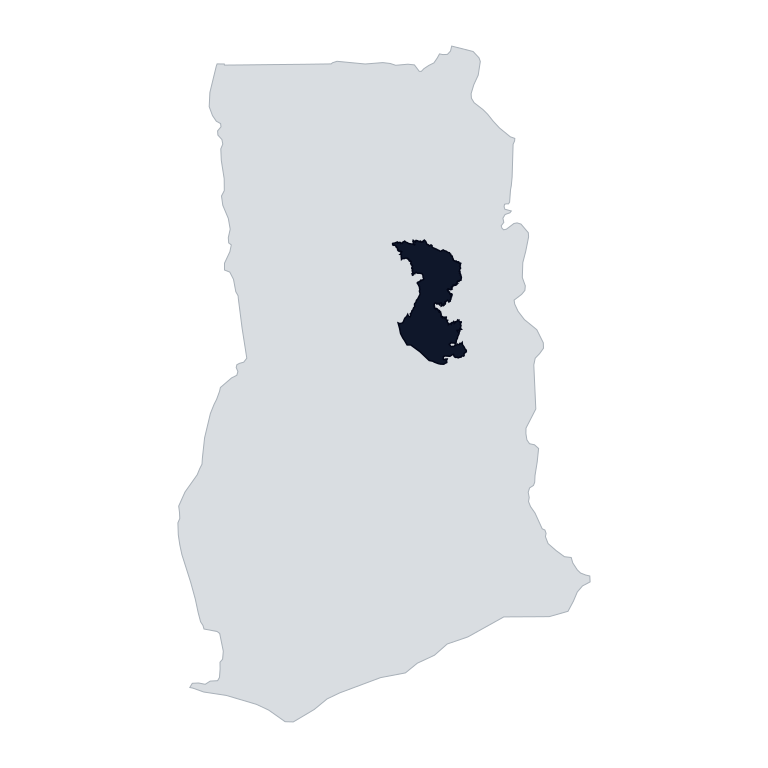 location of North East Gonja, Northern, Ghana
{"feature_id": "2480657B30922977157044", "entity_name": "North East Gonja", "entity_type": "district", "adm_level": 2, "iso_a3": "GHA", "parent_name": "Ghana", "parent_adm1": "Northern", "projection": "robinson", "projection_center": [-0.531, 8.741], "detail": "fine", "context": "in_parent", "style": "filled", "palette": "ink", "viewbox_px": 768, "rotation_deg": 0, "n_neighbors": 0, "source": "geoboundaries", "source_scale": "gbopen_adm2", "svg_char_len": 8714}
<svg xmlns="http://www.w3.org/2000/svg" viewBox="0 0 768 768"><path d="M473.1,51.5L479.0,57.8L480.3,61.5L478.2,75.2L473.8,84.7L471.1,93.7L471.4,98.2L474.1,102.7L483.1,109.7L487.7,114.3L493.2,121.2L499.5,128.0L510.3,136.8L514.8,138.4L514.6,140.9L513.1,144.3L512.1,177.1L511.3,185.6L510.5,189.9L509.6,202.2L508.4,203.9L506.4,203.8L504.5,204.3L504.1,206.7L504.8,209.2L511.3,211.0L509.9,212.8L505.1,214.5L502.9,218.2L503.8,222.4L501.2,225.8L501.9,228.1L503.6,229.8L506.4,229.2L513.9,223.5L517.1,222.9L521.0,224.1L528.3,232.7L528.6,236.9L525.7,251.4L522.8,262.6L522.3,277.5L525.3,285.8L524.9,290.4L521.6,294.4L514.1,300.1L514.7,304.1L518.1,311.4L524.4,319.6L536.8,329.7L543.3,342.8L543.5,348.2L539.7,353.5L535.2,358.2L533.8,364.9L535.8,409.0L526.0,428.1L525.9,433.6L526.9,439.9L529.5,443.7L534.5,444.8L538.6,448.5L537.2,461.9L535.0,475.6L534.7,482.2L533.5,485.4L529.6,487.9L528.2,492.2L529.2,497.6L528.5,501.5L530.5,506.6L535.0,513.0L542.2,528.8L544.9,530.0L546.1,533.4L545.4,536.6L548.1,543.6L556.1,550.6L564.4,556.7L571.2,557.5L572.8,563.0L577.3,569.9L580.5,573.0L585.6,575.0L589.8,576.0L590.1,581.9L582.5,585.9L577.3,592.0L573.4,601.2L568.0,611.3L549.3,616.6L542.1,616.7L503.8,616.9L467.9,636.9L447.2,644.0L434.5,655.2L417.3,663.2L405.4,672.9L380.6,677.6L339.9,692.8L327.1,698.9L314.2,709.5L293.3,721.9L285.1,721.7L268.7,710.1L256.3,704.3L226.2,695.4L203.7,692.0L192.8,688.1L189.8,687.5L192.3,683.3L198.6,683.0L205.2,684.3L210.2,681.1L217.6,680.7L219.5,677.4L220.1,669.0L220.0,662.2L222.6,659.2L223.3,651.2L219.7,633.5L217.1,631.5L204.0,629.0L203.0,625.5L200.6,621.8L198.2,612.7L195.3,599.1L190.7,582.3L181.9,554.6L179.8,544.8L178.3,534.8L177.9,522.9L179.8,518.4L179.5,512.3L178.7,506.1L185.0,492.0L197.2,474.8L199.8,468.5L202.0,464.2L202.4,458.0L204.6,437.8L210.4,413.5L214.1,404.3L216.6,399.4L219.6,391.2L220.4,387.5L231.6,377.9L236.8,375.3L237.9,371.6L236.2,367.5L236.9,364.7L239.6,363.3L243.7,362.2L246.8,358.2L242.1,328.2L238.3,298.3L238.1,295.8L235.8,291.7L233.5,279.3L229.8,272.1L224.5,270.0L224.5,263.2L229.9,251.7L231.3,244.9L228.7,242.9L228.3,237.7L230.2,229.2L229.3,224.0L228.3,218.4L222.8,205.3L221.5,196.0L224.3,190.6L224.2,178.8L221.3,160.4L220.8,148.9L222.8,144.1L221.9,139.5L217.9,135.1L217.6,130.9L221.0,126.8L220.6,123.6L216.3,121.2L212.5,115.6L209.2,106.7L209.9,92.4L216.3,66.1L217.1,63.9L224.3,64.0L224.4,65.1L246.9,64.9L272.6,64.6L303.3,64.3L331.2,63.9L332.4,62.8L337.0,61.3L365.2,64.0L382.8,62.6L390.3,63.5L395.7,65.3L407.9,64.2L414.4,64.9L419.3,71.4L421.3,71.4L424.0,68.6L428.9,65.4L433.9,62.9L437.4,57.8L439.5,53.9L442.8,54.6L447.4,54.4L450.5,51.1L451.7,46.1L473.1,51.5Z" fill="#d9dde1" stroke="#a8b0b8" stroke-width="1"/><path d="M460.7,263.3L460.0,263.0L459.3,263.3L458.9,262.9L458.8,262.0L458.1,261.7L457.5,262.3L457.1,261.8L456.6,261.8L456.3,261.1L455.5,261.4L455.3,261.0L454.5,261.1L454.3,260.7L453.3,260.2L453.3,259.4L452.9,259.1L453.1,258.9L452.9,258.4L452.6,258.4L452.2,256.1L450.9,255.6L450.8,254.3L450.1,253.9L449.4,252.7L447.9,252.5L446.2,251.2L444.4,250.7L443.2,249.9L440.6,251.3L439.9,251.2L439.0,250.4L437.5,249.9L436.5,249.1L435.9,249.2L434.6,248.3L434.1,248.4L432.2,247.2L432.0,246.8L432.1,245.8L431.3,245.0L430.7,245.0L429.8,245.8L429.3,245.5L429.0,245.7L428.2,244.7L426.9,244.3L425.7,241.4L424.3,240.1L423.9,240.6L423.4,240.7L423.2,241.3L422.9,241.4L422.9,241.9L422.2,241.8L421.3,242.3L420.4,242.0L420.8,241.4L420.6,241.1L418.8,241.5L418.5,241.2L417.7,241.1L417.6,240.8L416.0,240.4L415.8,240.6L415.5,242.0L413.2,240.3L412.9,241.6L413.5,242.5L413.2,243.5L413.6,244.1L414.8,244.7L414.7,244.9L415.1,245.4L413.7,244.4L408.5,243.5L407.6,242.8L405.7,242.1L404.7,241.1L403.9,241.7L403.1,241.9L402.2,243.4L401.3,243.1L400.8,243.4L400.7,242.6L399.7,242.4L398.8,242.4L397.8,243.1L397.3,242.0L393.5,243.5L393.1,243.2L392.6,243.5L392.7,244.9L393.6,245.3L394.6,245.2L395.7,245.8L396.1,246.9L396.5,246.8L396.6,247.4L397.5,248.3L397.5,249.1L397.9,249.4L397.8,250.0L398.1,250.0L398.3,250.7L398.8,250.7L398.8,251.1L399.2,251.2L399.9,251.1L399.9,251.4L400.2,251.7L400.8,251.7L401.0,251.4L401.7,251.6L401.5,252.3L401.0,252.8L400.8,253.9L400.1,254.4L401.2,254.7L401.5,255.4L401.2,256.2L401.5,259.4L402.0,258.9L403.0,258.4L404.0,258.7L405.3,258.1L407.1,258.2L407.6,258.3L407.6,258.7L407.9,258.6L408.2,258.8L408.0,259.0L408.9,259.6L409.0,260.6L409.7,260.8L409.7,261.2L410.1,261.4L410.4,260.9L411.1,261.5L410.8,261.8L411.1,262.6L410.7,263.4L411.2,264.0L411.1,264.6L411.4,264.9L411.6,264.7L412.5,265.9L412.3,266.3L412.4,266.7L411.9,267.4L411.8,268.1L411.8,268.5L412.5,268.7L412.3,270.1L412.5,270.2L412.2,270.6L412.5,271.9L413.1,272.5L412.6,273.3L412.0,273.8L412.2,274.0L412.5,275.2L413.0,275.0L412.7,274.6L414.0,273.8L414.8,273.7L414.8,273.3L416.1,272.3L416.7,272.9L418.1,273.3L418.7,273.1L422.0,273.6L423.0,275.4L423.1,277.3L423.8,279.0L423.6,279.4L421.7,280.4L421.6,280.2L421.0,280.5L420.8,280.3L420.3,281.3L419.8,281.3L419.8,281.6L418.4,282.0L418.3,282.3L417.9,282.2L417.2,283.0L417.8,283.7L418.1,284.5L418.6,284.9L418.7,285.7L419.6,286.9L419.4,287.8L419.9,289.3L419.4,291.1L420.2,294.0L417.7,299.0L416.5,300.2L415.9,302.3L414.6,303.8L414.5,304.8L414.8,306.7L413.6,307.8L412.8,310.1L412.0,310.6L411.5,312.7L410.3,313.7L410.3,314.1L410.8,314.9L410.4,316.2L410.1,316.8L409.2,316.7L408.1,315.5L407.7,314.4L406.5,316.7L405.3,317.6L404.4,319.1L403.5,321.5L402.5,323.0L399.8,323.6L398.1,322.9L399.6,328.4L400.6,333.6L402.9,338.1L404.5,340.4L407.1,344.9L410.7,344.9L420.1,351.8L429.2,360.5L432.8,361.2L434.3,362.1L438.3,363.6L440.6,364.1L443.8,364.2L445.6,363.0L446.6,362.7L446.9,362.1L446.2,360.7L446.9,359.9L447.2,359.0L445.3,359.1L443.8,359.7L443.3,359.3L443.2,358.0L443.5,356.6L445.2,355.9L449.9,356.3L452.4,354.7L453.5,354.4L454.0,356.1L454.5,356.8L455.4,357.4L457.5,357.3L457.9,357.8L458.7,357.8L459.2,357.3L461.1,357.1L461.2,356.6L462.0,355.8L462.6,355.8L463.1,356.2L463.9,355.9L464.2,355.1L463.8,353.6L464.4,353.3L465.6,352.3L466.0,351.5L466.3,351.6L466.3,350.5L465.9,349.7L464.9,348.9L464.3,347.3L462.4,344.6L462.2,342.5L461.3,343.6L460.0,343.3L459.3,344.6L458.0,344.5L457.4,344.1L456.5,345.1L455.1,344.8L454.7,345.9L453.7,346.5L453.0,346.3L451.6,346.6L450.9,346.4L449.2,344.5L449.3,344.1L450.0,343.9L451.1,342.5L451.8,343.0L453.9,343.0L455.5,343.4L456.0,343.2L456.4,340.1L457.4,338.2L457.7,336.5L459.0,333.8L459.2,332.2L458.3,331.9L457.9,332.0L457.0,330.4L459.2,330.1L459.3,330.7L459.8,330.9L460.0,328.9L460.9,329.4L461.4,329.3L460.2,328.1L460.5,327.8L461.0,325.2L460.4,324.7L460.4,323.5L461.2,322.6L461.2,321.9L459.6,321.9L459.0,321.0L458.9,320.1L458.3,320.4L457.7,319.9L457.4,320.4L457.3,321.3L455.6,321.7L455.4,322.6L454.9,322.6L454.5,323.1L454.5,322.2L453.7,321.4L452.7,322.9L451.9,323.1L451.8,322.9L452.3,322.5L451.8,322.6L451.3,323.8L451.2,323.4L450.7,323.4L450.5,324.6L450.4,324.0L450.0,323.7L449.6,324.2L448.6,324.0L448.4,324.3L448.3,323.4L447.4,322.1L447.0,321.2L447.6,320.3L446.5,320.0L445.8,318.9L446.3,318.0L446.3,317.1L445.9,317.1L445.0,318.3L444.9,318.3L444.9,317.2L444.4,317.2L444.3,317.7L444.0,317.8L443.2,317.4L442.7,317.7L442.7,317.2L442.5,317.3L442.4,316.6L442.2,316.5L441.7,317.2L441.4,317.1L441.5,316.2L441.2,315.9L441.0,316.1L440.8,315.5L441.1,315.2L441.0,314.9L441.2,314.2L440.6,312.8L440.7,312.1L440.2,311.7L439.6,312.4L439.1,312.3L439.0,311.7L439.3,310.7L438.7,310.7L438.6,310.2L438.0,310.4L437.4,309.0L436.8,308.7L436.8,309.0L435.9,309.4L435.3,308.2L434.6,308.3L434.3,307.7L434.5,306.2L434.0,305.9L434.4,303.6L435.5,302.8L437.0,304.1L437.9,303.3L439.5,304.7L439.4,303.4L441.4,302.9L441.6,303.4L441.4,303.3L441.1,304.4L441.2,305.5L441.7,304.8L441.9,305.7L442.7,305.0L443.6,305.2L443.6,305.5L444.1,305.2L443.9,303.9L445.3,304.0L445.5,302.7L444.9,302.2L444.9,301.8L446.2,301.3L446.7,300.7L447.4,300.2L447.6,300.6L448.0,300.5L448.9,302.0L449.4,301.5L450.3,301.1L450.3,299.5L451.0,299.0L450.8,297.4L451.1,297.5L451.2,297.2L451.1,296.3L451.4,296.4L451.4,295.9L451.6,296.0L451.6,295.4L451.9,295.2L451.7,294.9L452.1,294.7L451.7,293.8L450.9,293.7L450.1,294.1L449.7,293.8L449.6,292.2L449.3,291.9L448.5,292.0L448.1,291.1L447.7,291.0L447.5,290.0L447.8,289.9L448.1,289.4L447.6,289.3L448.1,288.7L448.6,288.8L448.8,289.6L449.2,289.2L450.7,289.7L451.7,289.4L451.7,289.0L452.1,288.9L451.4,287.5L451.5,286.8L452.1,286.5L452.5,286.8L452.8,286.1L453.6,285.7L453.4,285.2L454.0,285.3L454.2,284.9L454.6,285.2L455.0,285.0L455.1,285.3L455.8,285.2L456.9,284.4L456.4,283.5L457.5,283.2L457.2,283.0L457.0,282.0L457.6,281.1L457.8,281.0L457.8,281.5L458.4,281.3L458.9,281.5L459.7,280.4L460.9,280.3L461.4,277.4L460.7,274.9L460.4,274.9L460.6,274.3L459.8,273.5L460.1,273.4L459.9,272.9L460.1,271.9L459.3,271.6L459.2,271.3L459.8,269.9L459.7,269.3L460.6,268.1L459.7,266.4L460.2,266.0L460.0,265.7L460.1,264.8L460.4,264.7L460.2,263.9L460.7,263.3Z" fill="#0f172a" stroke="#020617" stroke-width="1.5"/></svg>